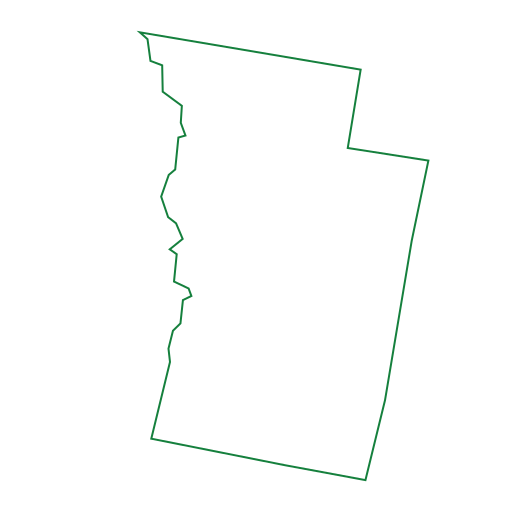 outline of Clinton, Illinois, United States of America, rotated 100°
{"feature_id": "52423323B49787414673276", "entity_name": "Clinton", "entity_type": "district", "adm_level": 2, "iso_a3": "USA", "parent_name": "United States of America", "parent_adm1": "Illinois", "projection": "equal_earth", "projection_center": [-89.453, 38.58], "detail": "fine", "context": "isolated", "style": "outline", "palette": "green", "viewbox_px": 512, "rotation_deg": 100, "n_neighbors": 0, "source": "geoboundaries", "source_scale": "gbopen_adm2", "svg_char_len": 581}
<svg xmlns="http://www.w3.org/2000/svg" viewBox="0 0 512 512"><g transform="rotate(100 256 256)"><path d="M375.6,103.9L213.9,105.3L132.1,102.8L133.5,174.2L133.7,184.4L54.3,185.3L55.9,409.2L61.3,400.5L82.2,393.8L84.5,381.5L110.4,376.4L121.0,355.1L137.9,353.2L149.6,346.4L152.8,353.0L184.8,350.6L191.3,356.0L214.0,359.7L233.0,349.3L237.7,340.4L251.9,331.2L264.4,342.1L268.0,334.4L295.4,332.3L299.7,316.7L306.6,312.7L312.1,320.3L335.5,318.7L344.0,324.8L362.4,326.1L375.3,322.3L454.1,327.4L457.0,191.0L457.7,109.3L375.6,103.9Z" fill="none" stroke="#15803d" stroke-width="2"/></g></svg>